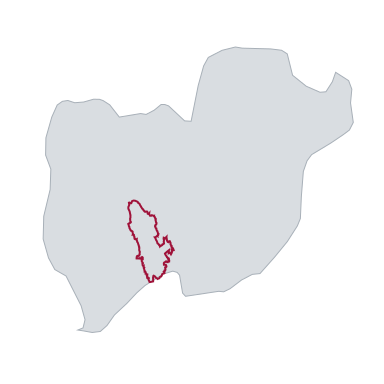 Gicumbi, Northern, Rwanda shown in context, rotated 187°
{"feature_id": "39286606B99169436422336", "entity_name": "Gicumbi", "entity_type": "district", "adm_level": 2, "iso_a3": "RWA", "parent_name": "Rwanda", "parent_adm1": "Northern", "projection": "natural_earth1", "projection_center": [30.098, -1.619], "detail": "fine", "context": "in_parent", "style": "outline", "palette": "rose", "viewbox_px": 384, "rotation_deg": 187, "n_neighbors": 0, "source": "geoboundaries", "source_scale": "gbopen_adm2", "svg_char_len": 6829}
<svg xmlns="http://www.w3.org/2000/svg" viewBox="0 0 384 384"><g transform="rotate(187 192 192)"><path d="M148.4,96.8L153.3,96.7L185.7,87.7L189.0,90.5L194.2,107.9L196.9,110.4L201.4,111.1L210.5,107.1L227.2,93.5L234.5,85.2L243.0,73.6L254.0,60.5L260.1,49.1L266.0,42.4L273.9,40.4L282.5,40.9L288.5,41.1L283.6,43.8L282.6,52.2L288.2,65.6L306.8,93.3L318.7,98.3L326.4,109.1L334.0,127.2L336.2,149.9L333.1,177.2L334.9,197.5L341.8,210.8L343.6,228.0L340.3,249.3L336.4,261.9L331.7,266.2L326.4,267.7L319.3,266.3L310.5,268.1L301.0,272.1L295.1,272.7L291.4,271.9L284.3,268.5L273.3,257.5L252.6,263.6L247.0,263.4L239.5,268.6L233.3,275.1L229.6,275.5L225.7,274.6L208.0,261.7L201.5,262.1L198.8,298.5L195.8,318.6L192.2,327.6L179.4,336.3L166.6,341.2L159.6,340.9L131.4,343.6L120.4,343.6L114.3,340.7L106.4,320.1L91.5,310.9L77.1,306.6L71.3,307.8L66.1,318.6L64.0,328.3L50.1,321.6L45.9,313.5L45.5,299.7L40.4,280.7L43.3,272.7L48.7,267.5L60.2,257.5L77.8,243.7L81.6,237.0L84.0,226.0L82.9,200.5L81.2,178.9L83.3,171.2L91.3,154.5L102.1,137.4L114.6,119.3L122.1,117.6L132.1,110.7L142.5,100.6L148.4,96.8Z" fill="#d9dde1" stroke="#a8b0b8" stroke-width="1"/><path d="M249.2,176.3L250.4,175.6L250.8,173.7L251.0,173.4L251.6,173.3L252.7,173.9L253.1,173.8L253.3,173.7L253.1,173.0L252.7,171.4L253.3,169.6L253.3,168.8L253.1,167.6L251.5,165.1L251.3,164.4L250.8,163.0L250.8,162.7L250.4,162.0L250.2,161.2L250.3,160.9L250.1,160.2L250.1,160.3L250.0,158.9L250.1,158.6L250.2,157.6L249.9,156.9L249.8,155.8L249.6,155.4L249.4,155.2L249.0,154.8L249.0,154.5L249.2,154.2L249.9,153.6L250.0,153.7L250.2,153.4L250.7,153.2L251.4,152.5L251.0,151.9L250.6,150.9L250.5,150.4L249.8,149.6L249.8,148.8L249.2,147.9L248.9,147.6L248.3,146.5L247.8,146.1L247.4,146.2L246.9,145.8L246.6,145.8L246.3,145.6L246.1,145.4L246.0,144.4L245.6,143.6L245.5,143.0L245.6,142.5L245.0,142.7L244.5,142.4L244.6,142.0L244.4,141.8L244.4,141.4L243.9,141.0L243.6,140.3L243.7,139.9L243.6,139.4L243.2,138.4L242.9,138.3L242.2,138.6L242.0,138.3L241.7,138.2L241.6,137.9L241.4,137.8L241.1,138.1L241.1,137.6L240.5,136.6L240.4,135.9L240.0,135.6L239.4,134.7L239.1,134.0L239.0,133.6L238.4,132.7L238.4,132.2L238.1,131.9L238.0,131.4L237.6,130.9L237.6,130.6L237.7,130.3L237.5,130.1L237.4,129.6L237.5,129.0L237.4,128.7L237.4,128.3L237.1,127.2L236.6,126.6L236.5,126.0L236.5,125.6L236.5,124.2L236.3,123.7L236.6,123.2L236.6,122.8L236.8,122.6L237.0,122.2L237.3,122.3L237.6,122.0L238.0,122.1L238.7,121.7L238.7,121.3L238.8,121.1L239.0,120.8L238.9,120.1L239.0,119.7L238.9,119.3L238.4,119.4L238.4,119.5L238.1,119.4L237.9,119.4L237.7,119.4L237.6,119.5L236.9,119.5L235.9,119.6L235.9,119.8L235.4,119.6L234.7,120.0L234.5,120.5L234.2,120.8L234.2,121.0L233.8,121.1L233.6,121.4L233.3,121.3L233.1,120.9L232.8,120.6L232.9,120.2L232.8,119.9L232.9,119.5L232.7,119.2L232.8,119.0L233.4,118.9L233.8,119.0L233.8,118.7L233.3,116.8L232.3,115.9L232.0,115.4L232.1,115.1L232.5,114.7L232.2,114.0L232.2,113.9L232.0,113.1L231.5,112.8L231.3,112.5L231.1,112.5L230.9,112.7L230.7,111.5L230.8,111.4L230.5,110.9L230.3,110.9L230.5,110.3L230.0,109.6L229.9,109.2L229.7,108.4L229.5,108.2L229.3,107.9L229.2,107.7L229.3,107.3L229.0,107.3L229.0,107.2L228.6,107.0L228.5,106.5L228.2,106.5L228.2,106.4L227.9,105.9L228.0,105.3L227.5,105.3L226.9,105.0L227.1,104.7L226.7,103.4L226.6,103.2L226.3,103.5L226.3,103.2L226.0,102.9L225.8,102.4L225.9,101.8L226.1,101.5L226.0,101.2L225.7,101.0L225.3,101.2L224.4,101.3L224.3,101.0L224.5,100.7L224.4,100.6L224.5,100.2L224.4,99.6L224.1,99.0L223.8,98.7L223.3,97.7L223.2,97.5L222.6,97.5L219.7,98.5L219.8,99.1L219.7,99.6L220.1,101.1L220.0,101.9L220.3,102.6L220.1,103.3L220.1,104.1L219.9,104.3L219.6,104.2L218.9,103.8L218.3,103.6L217.8,103.1L217.5,102.5L216.7,102.2L215.8,101.9L215.6,101.5L213.9,102.4L213.7,103.2L213.3,103.9L213.0,104.1L212.4,104.3L211.9,105.2L211.5,107.0L210.5,107.7L210.0,107.7L209.4,108.3L209.9,109.2L209.8,109.5L210.2,109.7L209.8,110.2L209.5,110.3L209.6,110.7L209.2,110.8L209.0,111.0L209.1,111.9L208.9,112.2L209.4,113.4L209.5,113.9L208.9,114.2L208.7,114.3L208.4,114.5L208.3,114.8L208.3,115.1L208.5,115.6L208.7,115.9L208.9,116.2L209.0,116.2L209.1,116.5L209.7,116.4L210.1,116.5L211.0,116.4L211.3,117.9L211.0,118.6L210.4,118.9L210.0,119.4L209.4,120.0L208.8,120.0L208.5,119.5L208.2,119.4L207.4,119.4L207.0,120.4L207.0,120.7L206.5,121.0L206.2,120.8L206.2,121.1L206.6,122.0L206.7,122.4L206.9,122.7L206.9,123.2L207.4,123.4L207.5,122.6L207.8,122.8L207.8,123.4L208.1,123.9L208.5,124.2L208.9,124.2L209.3,125.1L209.6,125.2L209.9,125.6L210.4,126.1L211.1,127.1L211.6,128.3L211.4,128.1L211.2,128.2L210.6,128.3L209.9,129.3L207.8,131.4L207.9,130.2L207.7,128.4L206.6,129.2L205.3,127.6L204.9,128.6L204.6,129.6L204.6,130.6L204.9,131.6L205.2,132.2L205.1,132.5L204.7,132.8L204.3,132.6L204.1,132.5L204.3,133.2L203.5,132.9L203.6,133.1L204.6,134.4L205.1,134.7L205.4,134.6L205.6,134.9L205.7,135.3L205.9,135.6L205.7,135.8L205.7,136.2L206.3,136.6L206.5,136.9L206.9,137.2L207.1,138.4L207.0,138.7L207.7,139.9L208.1,140.5L208.5,140.4L208.8,140.2L209.1,139.7L209.3,139.3L210.0,139.5L210.2,139.9L210.4,140.0L210.6,140.5L211.0,140.8L211.2,142.1L211.5,142.6L211.5,143.0L211.7,143.6L211.9,143.9L211.9,144.3L212.3,143.8L213.0,142.6L213.5,142.9L213.8,142.9L214.1,143.1L214.5,143.2L214.5,142.3L214.3,142.1L214.4,141.8L213.9,141.1L214.0,140.0L213.9,139.7L214.0,139.4L214.0,139.1L213.6,138.0L213.5,137.6L213.8,137.0L214.9,136.5L214.9,136.0L215.3,135.5L215.7,135.4L216.1,135.1L216.1,134.9L216.8,134.6L217.2,134.0L217.8,135.2L218.1,135.3L218.1,135.6L218.4,135.7L218.5,135.9L219.0,136.2L219.3,136.5L220.0,136.8L220.3,137.7L221.3,139.5L221.9,140.1L222.6,141.6L223.4,142.5L222.7,142.7L222.1,143.3L221.7,143.8L221.4,144.0L221.0,143.9L221.1,144.1L221.2,144.3L220.7,144.9L220.3,145.1L220.2,145.7L220.6,146.1L220.4,146.5L220.7,146.6L220.7,146.8L221.0,147.6L221.4,148.3L221.5,148.8L221.9,149.0L222.1,149.4L222.4,149.7L222.5,150.0L222.8,150.5L222.9,151.3L223.1,151.3L223.3,151.6L223.7,151.9L223.9,152.4L224.1,152.6L224.1,153.0L224.2,153.5L224.5,153.6L224.5,154.0L224.4,154.4L224.2,154.6L224.2,154.9L224.0,155.1L223.8,155.2L223.5,155.5L223.5,156.2L223.4,156.6L223.4,156.9L223.7,157.3L223.9,157.4L224.0,157.6L224.2,158.0L224.3,158.6L224.5,159.0L224.6,159.6L224.9,159.9L224.8,160.3L224.6,160.6L224.6,160.8L224.7,161.0L225.0,161.0L225.2,161.5L225.6,161.8L225.7,162.1L226.0,162.6L226.0,162.8L226.4,163.1L226.6,163.1L226.8,163.3L226.8,163.7L227.0,163.6L227.2,163.8L227.8,163.8L229.0,164.1L229.4,163.6L229.7,163.4L230.3,163.4L230.7,163.6L230.9,163.5L231.5,164.5L231.9,164.9L231.9,165.6L232.1,165.3L232.7,164.9L233.3,165.0L233.9,166.9L234.1,167.1L234.7,167.0L235.2,167.1L235.5,167.0L236.1,166.6L236.6,166.8L237.0,167.1L237.3,167.6L237.9,167.9L238.1,168.5L238.3,168.8L239.3,169.3L240.2,170.5L240.5,170.7L240.8,171.4L241.5,172.1L242.2,173.1L242.5,173.7L242.9,174.1L244.0,174.5L244.6,175.5L245.0,175.7L247.3,176.4L248.2,176.4L249.2,176.3Z" fill="none" stroke="#9f1239" stroke-width="2"/></g></svg>